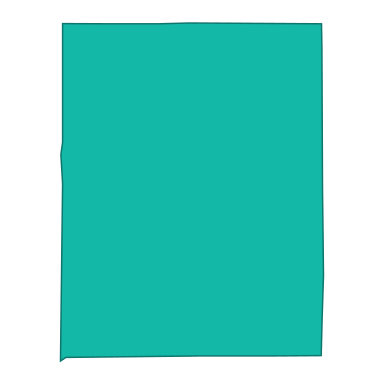 the district of Tamboara, Paraná, Brazil
{"feature_id": "56859067B83324899582863", "entity_name": "Tamboara", "entity_type": "district", "adm_level": 2, "iso_a3": "BRA", "parent_name": "Brazil", "parent_adm1": "Paraná", "projection": "natural_earth1", "projection_center": [-52.482, -23.199], "detail": "fine", "context": "isolated", "style": "filled", "palette": "teal", "viewbox_px": 384, "rotation_deg": 0, "n_neighbors": 0, "source": "geoboundaries", "source_scale": "gbopen_adm2", "svg_char_len": 369}
<svg xmlns="http://www.w3.org/2000/svg" viewBox="0 0 384 384"><path d="M321.9,48.4L321.5,23.8L189.7,23.0L158.5,23.8L106.6,23.8L62.6,23.6L62.6,38.6L62.6,142.3L60.9,154.6L62.6,183.8L60.5,361.0L65.9,357.4L202.3,355.9L222.5,355.9L260.7,355.9L274.5,355.9L321.2,355.6L322.1,319.0L323.5,275.5L322.5,188.2L321.9,48.4Z" fill="#14b8a6" stroke="#0f766e" stroke-width="1.5"/></svg>